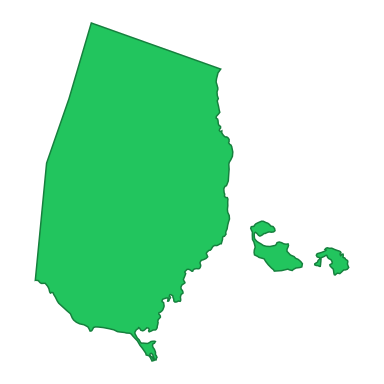 the district of Sharm el-Sheikh, Janub Sina', Egypt
{"feature_id": "37247803B39887765706268", "entity_name": "Sharm el-Sheikh", "entity_type": "district", "adm_level": 2, "iso_a3": "EGY", "parent_name": "Egypt", "parent_adm1": "Janub Sina'", "projection": "natural_earth1", "projection_center": [34.42, 28.077], "detail": "fine", "context": "isolated", "style": "filled", "palette": "green", "viewbox_px": 384, "rotation_deg": 0, "n_neighbors": 0, "source": "geoboundaries", "source_scale": "gbopen_adm2", "svg_char_len": 5785}
<svg xmlns="http://www.w3.org/2000/svg" viewBox="0 0 384 384"><path d="M35.3,280.3L35.6,280.2L38.3,280.6L39.9,282.5L41.3,283.4L45.2,283.3L47.6,286.2L48.4,287.7L48.9,288.7L49.7,292.0L50.4,293.1L51.9,292.4L53.2,292.9L53.8,294.6L55.3,297.0L57.4,301.2L58.7,303.2L67.1,310.9L70.4,313.7L72.2,317.9L73.6,320.0L76.3,322.2L79.6,323.8L84.1,324.8L87.8,326.8L88.9,328.5L90.1,331.1L91.4,330.9L91.9,330.5L92.6,329.3L93.6,327.5L95.5,326.9L98.1,327.0L103.5,327.6L109.6,328.8L111.2,329.2L113.8,329.8L117.4,331.6L119.3,331.9L124.6,332.5L126.3,333.0L129.7,333.2L131.2,334.0L132.8,336.0L135.6,339.0L137.4,340.9L140.1,345.5L142.3,348.2L145.7,353.1L146.2,355.0L147.4,355.3L148.9,355.7L150.3,357.5L152.0,361.0L153.6,360.6L153.3,359.3L152.5,357.3L150.9,356.3L149.8,354.8L150.4,353.5L151.6,353.4L152.8,354.9L153.9,358.1L154.8,360.1L156.2,359.8L156.1,358.8L157.0,357.4L156.5,356.1L155.5,354.5L155.5,352.2L154.4,349.3L152.9,347.2L152.5,345.3L152.9,343.9L154.4,343.2L155.4,341.5L154.7,341.2L153.1,341.2L151.0,341.5L149.4,342.6L147.9,343.4L146.4,343.4L143.1,343.1L141.6,343.2L140.5,342.4L139.2,339.9L137.2,337.9L135.0,333.7L134.9,332.2L136.2,329.9L137.1,329.2L138.1,328.7L138.6,327.6L139.5,328.1L140.8,330.2L142.7,330.8L143.9,330.4L145.4,329.2L146.8,327.8L148.6,328.2L149.2,329.5L148.6,330.9L149.2,331.8L151.1,331.1L152.8,330.2L153.9,329.9L155.2,330.0L156.1,329.5L156.9,328.3L157.2,327.4L157.2,327.1L157.3,326.1L157.8,324.2L158.1,322.6L157.8,321.6L158.2,319.6L159.3,318.5L160.4,317.2L160.3,316.0L159.7,315.0L158.8,314.1L158.9,312.8L160.5,312.1L161.8,311.0L162.8,309.8L163.9,307.0L164.1,306.0L163.6,302.6L162.1,301.6L162.1,300.4L162.9,299.1L164.4,298.6L166.3,298.0L168.1,298.0L168.0,299.3L167.7,301.1L168.5,301.1L169.0,300.6L169.3,299.3L170.5,297.7L170.3,297.0L169.3,296.2L169.6,295.2L170.0,294.6L171.0,294.7L172.8,295.8L173.0,297.5L173.7,298.9L173.9,301.1L175.0,302.1L176.7,301.9L178.5,301.0L179.2,301.2L180.2,301.3L180.6,300.7L180.7,299.6L180.4,297.1L180.8,295.4L181.4,294.2L182.9,293.3L183.0,292.2L182.4,290.5L181.2,289.2L180.9,287.1L181.9,285.0L183.8,283.7L184.9,282.9L184.9,282.3L184.0,281.0L183.4,279.4L184.7,276.3L185.7,273.6L184.7,272.1L185.4,271.1L187.0,269.4L188.8,269.3L190.4,270.1L191.8,271.2L192.7,271.2L192.9,270.4L194.3,269.0L196.7,268.6L198.2,268.8L199.4,268.5L200.1,267.6L200.6,266.3L200.7,265.2L199.9,262.8L200.4,261.7L201.3,260.3L203.4,259.7L206.0,258.5L207.7,256.8L206.9,254.8L206.3,253.6L206.7,252.5L208.9,250.4L210.3,250.2L211.5,248.9L212.0,247.8L213.2,246.2L214.9,245.4L216.1,245.6L217.4,245.4L218.6,244.7L220.7,243.6L221.3,243.7L222.5,239.5L222.6,237.5L223.2,236.5L224.4,236.3L226.0,234.2L225.7,232.9L226.0,231.3L227.1,228.9L227.7,225.2L228.5,222.0L229.5,219.0L229.2,215.5L227.7,212.3L227.4,209.3L227.8,205.8L227.7,202.1L227.9,199.1L227.3,197.6L225.8,197.5L224.5,196.4L224.7,194.1L224.1,192.6L223.8,188.8L224.9,186.4L226.4,185.7L227.1,184.1L228.3,180.9L228.7,174.8L229.1,169.3L228.8,164.2L229.3,162.2L230.8,159.8L232.4,156.4L232.8,152.0L231.7,146.6L230.9,145.0L229.9,144.5L228.6,142.8L229.1,141.5L229.1,139.4L228.0,137.8L226.7,136.9L226.0,137.1L224.9,136.7L223.5,135.5L221.8,133.0L221.8,130.9L221.3,131.2L220.3,131.6L219.3,130.5L219.7,129.0L220.6,128.0L220.5,126.4L219.1,125.5L218.3,123.9L218.0,120.6L217.6,119.1L216.1,118.1L216.4,116.3L217.4,115.2L218.5,114.0L219.8,112.3L219.2,110.0L218.5,106.2L217.2,100.9L218.3,98.6L217.3,95.6L217.0,91.9L217.8,89.5L217.8,87.9L217.0,85.0L216.1,82.0L216.5,78.8L218.0,72.9L220.7,69.1L91.3,23.0L69.0,98.7L46.6,163.1L35.3,280.3ZM254.4,225.4L253.9,226.4L252.5,226.5L252.1,226.5L251.3,226.7L250.7,228.3L251.5,230.3L252.4,232.1L252.3,235.0L252.5,239.5L253.9,242.0L254.8,245.4L255.2,247.2L254.3,250.0L254.1,252.5L254.5,254.9L256.4,255.8L257.8,256.5L259.0,257.4L261.6,258.1L264.1,258.8L265.7,261.5L268.2,264.7L271.5,268.1L273.5,269.7L274.3,271.1L278.9,270.8L281.7,270.6L287.9,269.1L289.3,269.8L292.2,270.5L293.4,269.4L296.0,268.0L300.0,267.5L301.8,266.9L302.4,263.7L300.7,261.5L298.2,259.4L297.1,258.9L295.6,258.3L294.1,256.6L291.3,255.4L290.1,254.7L288.3,252.7L287.0,251.4L287.0,249.3L288.1,246.8L288.5,245.3L288.1,243.9L286.1,244.2L283.7,243.8L281.7,242.7L279.2,242.0L278.5,242.2L277.8,242.4L277.5,242.5L277.0,242.7L276.6,243.6L276.1,244.6L275.2,245.4L270.0,246.5L266.3,246.3L263.4,245.5L260.7,243.7L258.7,242.6L256.9,241.4L254.9,239.2L254.4,237.8L254.2,234.7L254.4,233.3L255.3,232.3L256.1,232.7L257.4,233.9L258.5,235.3L259.9,236.1L261.3,235.5L262.5,234.8L263.8,233.6L265.1,233.5L267.2,232.5L269.0,231.9L271.5,232.2L273.6,231.9L275.0,230.7L274.6,228.6L273.1,226.6L270.7,226.0L269.5,224.5L267.8,223.2L265.8,222.5L263.4,221.3L261.6,221.2L259.2,222.2L257.2,223.1L255.6,224.0L254.4,225.4ZM318.0,265.6L319.5,266.4L320.2,266.3L320.3,266.3L320.6,264.2L320.6,263.8L320.9,260.9L320.9,260.2L321.0,259.5L321.0,257.8L322.5,257.2L324.5,256.3L325.6,255.5L326.1,255.4L326.7,255.3L327.6,257.3L328.6,258.5L331.0,259.7L332.2,261.9L332.0,263.6L330.3,264.4L330.1,264.6L329.8,264.9L330.2,266.1L331.6,267.6L332.8,268.7L333.3,269.3L333.6,271.0L333.9,273.3L334.3,274.7L335.1,275.0L336.0,274.2L337.3,273.2L338.4,273.3L339.8,273.6L341.8,271.8L342.2,271.4L342.6,271.0L343.7,270.0L345.4,269.9L347.2,269.3L348.7,267.5L347.9,265.5L347.4,264.0L347.8,261.7L347.5,260.5L345.8,259.5L345.3,258.8L345.0,258.2L344.4,257.8L343.7,257.7L343.0,257.3L343.2,255.6L343.1,254.2L342.0,254.1L341.1,255.3L340.9,255.4L340.6,255.6L340.1,254.4L340.2,253.5L340.9,252.6L340.4,251.7L338.9,250.9L338.0,250.7L335.8,249.9L334.7,249.5L331.8,248.2L329.4,248.3L327.3,247.8L326.1,248.2L324.9,249.4L325.4,249.7L326.1,250.1L324.8,251.1L321.7,252.4L319.6,253.0L318.2,253.4L317.2,253.7L316.3,255.2L317.1,256.8L317.9,257.2L319.2,257.5L320.1,258.9L319.2,259.5L318.1,260.4L317.5,262.2L316.5,262.7L315.3,263.5L314.8,263.8L314.7,264.8L316.2,265.5L317.9,265.6L318.0,265.6Z" fill="#22c55e" stroke="#15803d" stroke-width="1.5"/></svg>